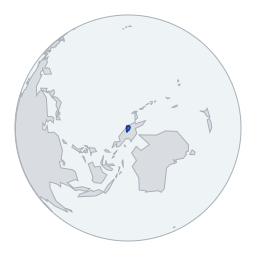 East Sepik highlighted on a globe, orthographic projection, rotated 295°
{"feature_id": "PNG-1239", "entity_name": "East Sepik", "entity_type": "Province", "adm_level": 1, "iso_a3": "PNG", "parent_name": "Papua New Guinea", "parent_adm1": "", "projection": "orthographic", "projection_center": [143.363, -4.131], "detail": "fine", "context": "on_globe", "style": "filled", "palette": "blue", "viewbox_px": 256, "rotation_deg": 295, "n_neighbors": 0, "source": "natural_earth", "source_scale": "10m", "svg_char_len": 6702}
<svg xmlns="http://www.w3.org/2000/svg" viewBox="0 0 256 256"><g transform="rotate(295 128 128)"><circle cx="128" cy="128" r="113" fill="#eef3f6" stroke="#a8b0b8"/><path d="M192.6,152.8L192.6,153.7L192.4,153.8L192.6,152.8ZM188.6,33.1L187.0,32.0L179.3,28.5L180.3,29.8L177.4,27.9L181.5,32.5L179.6,33.7L179.7,30.9L178.2,29.7L175.8,29.6L173.6,28.3L171.3,27.7L168.9,26.3L169.2,25.2L167.7,24.4L166.1,24.5L162.8,23.4L165.3,23.4L159.8,21.6L159.2,20.3L167.5,22.5L174.8,25.5L181.8,29.1L188.6,33.1ZM221.2,87.9L220.2,85.4L221.6,86.9L221.2,87.9ZM219.1,83.9L219.5,84.7L219.0,84.1L219.1,83.9ZM218.4,83.5L218.9,83.8L218.4,83.7L218.4,83.5ZM217.5,83.2L217.9,83.3L217.5,83.2ZM215.8,82.0L215.4,81.7L215.7,81.5L215.8,82.0ZM196.1,38.3L196.0,38.2L194.0,36.7L193.9,36.6L196.1,38.3ZM181.5,31.2L182.5,31.3L182.2,31.7L181.5,31.2ZM171.4,27.9L171.7,28.3L170.3,27.9L171.4,27.9ZM165.5,25.4L163.1,24.7L165.6,25.2L165.5,25.4ZM161.8,24.1L156.1,22.7L156.4,23.4L152.1,20.8L158.4,22.7L161.4,23.1L160.6,23.4L161.8,24.1ZM150.7,19.7L149.3,19.4L150.8,19.6L150.7,19.7ZM88.6,22.5L87.4,23.0L88.5,22.6L89.6,22.1L92.4,21.1L96.5,19.9L95.6,20.2L93.9,20.7L89.1,22.5L85.0,24.1L88.4,22.9L94.3,20.6L97.0,19.8L94.5,20.7L95.6,20.3L96.7,20.0L96.9,20.1L99.8,19.2L112.9,16.9L114.6,17.3L110.8,18.1L119.0,18.0L120.2,19.3L121.2,18.8L125.8,18.9L125.5,18.5L126.3,18.3L137.9,19.3L139.9,20.1L146.1,20.7L146.6,20.5L145.5,19.9L152.1,20.8L156.4,23.4L155.0,23.6L158.7,25.5L155.0,25.8L153.6,27.2L147.5,27.0L147.0,28.4L148.5,29.0L148.8,31.7L144.5,35.7L141.4,29.7L146.7,24.8L144.0,26.4L142.6,25.3L140.4,25.6L138.7,26.9L139.7,27.5L126.8,27.5L118.7,31.6L124.0,32.2L125.6,34.2L121.0,41.2L104.4,50.1L106.3,54.4L105.3,57.0L101.0,58.1L102.4,54.3L99.7,52.6L101.1,50.5L94.7,51.6L96.5,48.7L90.7,51.3L91.0,53.8L95.9,53.7L90.1,57.6L92.9,62.6L91.3,68.2L80.1,77.9L71.5,80.6L70.6,82.6L68.2,80.2L63.5,84.0L66.7,95.4L66.1,98.7L59.1,104.9L59.3,102.4L52.9,96.2L50.6,104.2L55.3,111.0L56.9,119.2L52.8,116.6L51.3,109.5L49.1,107.1L50.5,100.1L50.2,89.9L46.1,91.9L47.2,87.8L46.2,79.9L40.7,82.7L31.4,93.7L28.8,104.2L26.2,109.1L26.4,94.4L29.0,84.6L27.4,85.7L28.9,78.1L26.8,78.7L27.9,76.4L27.5,77.2L31.6,69.8L36.1,62.8L41.3,56.1L46.8,49.9L52.9,44.1L59.3,38.7L66.2,33.9L73.3,29.5L80.8,25.7L88.6,22.5ZM26.3,79.5L27.2,77.7L25.5,81.4L24.5,84.5L20.5,94.5L20.3,95.0L23.0,87.1L26.3,79.5ZM56.3,210.9L58.3,212.2L57.9,212.4L56.3,210.9ZM82.1,139.4L85.4,140.1L85.3,140.6L82.1,139.4ZM78.7,137.3L82.3,137.7L78.1,138.5L78.7,137.3ZM83.7,137.9L87.4,137.1L89.0,136.3L88.8,137.4L83.7,137.9ZM76.3,137.2L63.8,136.6L59.2,135.1L60.1,133.1L67.7,133.9L76.3,137.2ZM59.7,133.1L52.8,127.5L44.6,111.9L47.5,112.1L56.3,121.5L55.7,123.2L59.9,127.6L59.7,133.1ZM77.2,123.7L76.6,128.7L69.6,127.9L66.5,127.0L64.3,120.5L65.5,117.3L68.0,117.5L78.6,107.2L82.1,110.0L78.6,114.4L81.5,118.8L77.2,123.7ZM28.9,105.2L29.4,111.5L28.2,112.7L28.9,105.2ZM83.5,100.1L78.8,104.4L83.3,98.6L83.5,100.1ZM86.6,94.6L86.6,96.9L85.1,94.6L86.6,94.6ZM69.8,85.6L67.2,86.0L67.4,84.5L71.0,83.0L69.8,85.6ZM90.1,73.2L88.8,77.6L87.8,79.0L87.2,76.3L90.1,73.2ZM111.6,16.9L114.3,16.5L113.9,16.7L111.6,16.9ZM112.3,16.7L113.1,16.4L115.4,16.1L114.3,16.4L112.3,16.7ZM168.9,196.3L171.1,197.6L168.3,200.8L163.9,203.7L158.8,204.0L168.9,196.3ZM131.8,199.5L130.1,195.1L135.3,195.4L134.5,199.0L131.8,199.5ZM172.1,194.1L174.5,190.7L173.9,185.7L175.5,190.5L179.3,191.4L172.4,197.6L172.1,194.1ZM108.0,179.9L88.5,186.5L83.8,185.2L83.9,181.8L77.4,171.1L78.8,171.4L76.5,164.4L87.4,158.8L94.8,148.1L102.2,149.4L106.9,141.9L114.8,143.2L113.1,149.3L122.1,154.5L126.4,140.8L133.6,156.8L141.3,163.4L145.6,173.9L138.3,189.9L132.5,192.5L130.6,190.6L128.4,192.1L123.8,190.8L119.6,184.8L117.5,186.3L118.8,182.2L116.1,185.7L113.0,181.8L108.0,179.9ZM165.3,159.5L166.9,160.2L170.0,163.5L167.4,162.5L165.3,159.5ZM188.6,155.2L189.7,156.7L187.9,156.6L188.6,155.2ZM192.4,153.8L190.3,153.8L192.6,152.8L192.4,153.8ZM171.8,151.6L172.8,152.8L172.2,153.0L171.8,151.6ZM171.1,151.2L171.8,149.8L171.9,151.3L171.1,151.2ZM162.8,141.5L163.6,140.9L164.1,141.6L162.8,141.5ZM90.3,140.5L94.6,136.8L97.2,136.7L90.3,140.5ZM161.3,139.6L159.1,139.1L159.3,138.4L161.3,139.6ZM161.3,137.8L161.0,136.6L162.6,139.5L161.3,137.8ZM156.9,134.5L159.7,137.0L156.6,134.7L156.9,134.5ZM155.4,134.6L153.4,133.4L153.5,133.1L155.4,134.6ZM135.0,133.1L142.1,140.7L136.8,139.8L130.7,134.9L126.6,138.2L116.8,136.4L118.9,134.3L117.4,130.5L107.8,128.1L105.8,125.6L109.1,124.3L103.0,121.9L109.6,121.5L112.5,126.6L116.4,123.3L123.4,125.0L130.4,127.5L136.4,131.9L135.0,133.1ZM110.0,132.1L111.2,132.2L110.2,133.5L110.0,132.1ZM149.7,130.1L152.5,132.9L152.2,133.5L150.9,132.9L149.7,130.1ZM137.7,131.2L144.0,128.2L145.5,128.5L141.4,132.4L137.7,131.2ZM142.3,125.3L145.4,126.3L147.1,128.8L146.5,129.4L142.3,125.3ZM96.3,126.4L96.1,127.7L94.4,126.5L96.3,126.4ZM98.5,125.8L103.6,127.7L98.0,126.8L98.5,125.8ZM83.7,120.1L85.0,123.3L89.4,121.6L86.1,124.2L89.2,129.6L88.3,131.5L85.1,125.7L84.3,131.4L82.4,131.2L81.2,126.1L83.0,120.3L84.9,117.9L93.0,117.5L83.7,120.1ZM98.4,121.9L97.0,118.2L98.1,115.9L99.5,117.9L98.4,121.9ZM93.4,109.4L90.3,105.1L87.1,106.4L93.8,101.3L95.7,106.2L93.4,109.4ZM91.2,100.4L88.2,101.6L91.5,98.6L91.2,100.4ZM87.7,100.2L87.6,97.5L89.8,98.0L87.7,100.2ZM92.7,100.7L93.8,96.1L94.6,98.9L92.7,100.7ZM87.5,91.4L91.7,96.1L85.7,93.8L86.9,85.2L89.5,85.2L87.5,91.4ZM111.0,60.6L111.1,58.5L113.9,58.3L113.0,59.8L111.0,60.6ZM123.0,56.7L114.6,57.6L108.0,58.8L109.4,59.9L106.8,63.3L105.3,59.7L110.9,56.4L115.7,56.2L117.6,53.5L121.9,52.1L122.8,48.8L125.1,47.6L125.7,50.7L123.0,56.7ZM123.0,47.4L126.1,42.1L130.7,43.6L131.1,45.1L127.7,46.8L125.5,45.9L123.0,47.4ZM128.2,41.4L126.0,40.5L126.0,33.1L127.2,32.0L129.7,37.9L127.8,37.5L126.9,39.2L128.2,41.4ZM149.1,19.6L149.3,19.4L150.1,19.7L149.1,19.6ZM126.0,18.0L127.3,17.8L128.1,18.1L126.0,18.0ZM131.2,17.5L129.4,17.3L131.7,17.4L131.2,17.5ZM125.2,17.1L128.8,17.2L124.8,17.3L125.2,17.1Z" fill="#d9dde1" stroke="#a8b0b8" stroke-width="1"/><path d="M127.5,126.5L127.8,126.5L128.2,126.6L128.3,126.6L128.5,126.8L128.7,127.0L128.8,127.0L129.0,127.1L129.2,127.3L129.3,127.4L129.5,127.4L129.6,127.5L129.6,127.4L129.7,127.5L129.8,127.5L129.8,127.4L130.0,127.4L130.3,127.4L130.3,127.5L130.4,128.7L130.1,129.1L129.3,129.6L129.2,129.7L127.6,129.8L127.4,129.8L127.1,129.8L126.8,129.7L126.7,129.7L126.4,129.7L126.2,129.7L125.9,129.1L125.7,129.0L124.3,129.0L124.2,128.9L124.0,128.7L124.0,128.4L124.8,127.8L125.0,127.9L124.9,127.9L125.0,127.9L126.2,127.9L126.3,127.9L126.4,127.7L126.5,127.6L126.6,127.4L126.5,127.2L126.5,126.9L126.6,126.7L126.8,126.6L127.3,126.8L127.4,126.7L127.5,126.5L127.5,126.5ZM128.4,126.5L128.3,126.4L128.5,126.5L128.4,126.5ZM129.4,126.2L129.5,126.2L129.5,126.3L129.4,126.2L129.4,126.2ZM130.4,126.8L130.5,126.8L130.4,126.8L130.4,126.8Z" fill="#3b82f6" stroke="#1e3a8a" stroke-width="1.5"/></g></svg>